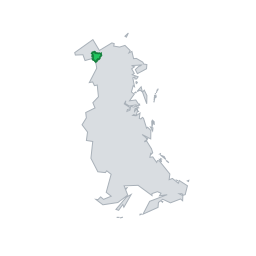 location of Volgograd within Russia, rotated 117°
{"feature_id": "RUS-2369", "entity_name": "Volgograd", "entity_type": "Region", "adm_level": 1, "iso_a3": "RUS", "parent_name": "Russia", "parent_adm1": "", "projection": "albers", "projection_center": [44.238, 49.343], "detail": "fine", "context": "in_parent", "style": "filled", "palette": "green", "viewbox_px": 256, "rotation_deg": 117, "n_neighbors": 0, "source": "natural_earth", "source_scale": "10m", "svg_char_len": 5623}
<svg xmlns="http://www.w3.org/2000/svg" viewBox="0 0 256 256"><g transform="rotate(117 128 128)"><path d="M207.8,115.5L206.2,124.3L205.4,122.2L201.8,121.1L202.7,117.4L196.4,112.0L195.2,118.2L176.9,122.0L175.8,127.5L178.0,127.9L180.7,135.0L171.8,147.3L156.0,153.3L158.0,159.4L150.0,162.2L146.0,170.4L137.9,169.7L133.4,172.7L125.1,166.5L121.4,170.8L113.6,168.5L103.7,174.9L105.5,177.1L103.0,180.4L105.1,183.1L88.9,183.0L83.8,186.8L82.7,191.8L87.4,196.9L83.2,201.4L86.9,208.0L85.0,209.7L65.2,199.4L71.9,188.7L59.5,181.0L59.1,178.6L61.5,177.9L59.7,172.2L55.8,168.2L58.0,161.2L60.7,161.3L58.0,159.3L63.7,154.5L62.2,152.2L62.6,144.7L63.9,143.1L62.9,140.0L66.8,138.4L75.3,144.3L72.6,148.0L68.2,146.4L66.8,145.0L65.7,144.6L70.8,153.2L70.5,150.0L73.6,151.6L76.5,147.2L78.6,148.4L77.8,142.2L80.4,142.6L81.2,144.1L79.4,145.1L81.1,146.5L88.3,140.9L87.9,142.6L94.4,141.3L94.9,137.8L103.1,139.0L99.5,133.8L102.4,128.6L103.7,128.6L103.8,131.4L107.8,136.9L107.4,141.6L104.7,142.3L108.2,142.3L108.9,135.5L110.0,134.7L111.8,136.9L113.7,136.5L111.2,134.4L107.4,135.4L106.7,132.3L104.9,131.0L105.2,127.7L107.3,130.4L109.8,130.0L110.4,129.7L107.0,129.0L108.6,127.2L113.0,126.5L113.4,129.0L114.7,129.6L113.4,126.3L109.2,124.1L114.3,122.3L114.1,120.6L112.0,120.0L112.3,118.6L119.7,111.4L118.4,110.9L119.8,106.5L127.4,102.8L127.4,112.5L128.5,107.4L130.1,105.7L131.9,107.0L132.3,107.1L132.6,106.9L131.2,105.4L135.9,97.6L138.9,94.7L140.9,95.4L139.7,96.4L144.2,95.2L142.5,92.8L145.7,86.8L143.7,87.0L143.1,85.2L150.0,69.8L155.4,67.9L152.8,65.5L154.4,58.1L151.5,58.5L152.5,48.8L161.4,46.8L162.8,48.2L162.0,50.2L163.4,52.6L163.4,48.4L168.0,46.3L167.4,49.0L175.4,56.2L175.7,64.7L180.5,67.1L185.1,65.2L197.9,75.5L183.5,75.4L169.6,62.8L174.2,69.2L171.1,69.0L171.4,72.9L175.6,76.9L177.3,75.9L174.5,93.0L181.3,105.2L187.9,97.8L199.0,103.2L207.8,115.5ZM97.9,122.3L89.5,131.3L86.9,130.7L90.5,125.9L97.9,122.3ZM185.8,95.0L200.5,95.7L198.5,97.9L205.6,99.0L206.0,101.8L190.5,98.1L185.8,95.0ZM85.3,135.0L89.4,131.5L88.8,134.3L91.4,136.5L85.3,135.0ZM137.4,86.8L137.0,82.8L138.9,80.0L137.4,86.8ZM112.3,108.0L116.2,107.1L111.8,109.6L112.3,108.0ZM110.5,107.6L113.3,106.0L110.1,109.2L110.5,107.6ZM116.6,105.8L119.5,104.7L116.9,108.5L116.6,105.8ZM139.7,79.5L139.7,77.6L140.5,75.8L139.7,79.5ZM43.2,170.8L47.8,170.7L47.6,172.4L43.2,170.8ZM82.1,119.0L83.9,118.6L80.4,119.4L82.1,119.0ZM141.2,84.4L143.0,82.7L141.7,85.8L141.2,84.4ZM84.7,140.8L83.4,141.9L82.7,141.3L83.4,140.2L84.7,140.8ZM85.6,118.2L87.2,117.7L88.1,117.9L85.6,118.2ZM91.1,117.2L90.5,117.9L89.2,118.0L89.5,117.6L91.1,117.2ZM92.8,116.9L91.4,117.1L93.3,116.5L92.8,116.9ZM92.8,136.8L93.8,138.3L92.4,137.4L92.8,136.8ZM111.8,108.8L111.1,109.8L110.2,109.9L111.8,108.8ZM86.4,117.4L88.5,116.9L87.8,117.4L86.4,117.4ZM148.2,49.8L148.2,51.1L147.0,50.1L148.2,49.8ZM80.5,118.7L81.8,118.9L79.2,119.0L80.5,118.7ZM102.3,128.1L101.0,128.8L102.3,128.0L102.3,128.1ZM128.6,105.6L129.7,105.7L128.6,106.2L128.6,105.6ZM152.2,59.4L152.7,60.4L152.4,61.0L152.2,59.4ZM88.7,118.5L87.7,118.4L89.3,118.3L88.7,118.5ZM88.2,117.4L88.9,117.7L87.7,117.6L88.2,117.4ZM209.7,92.1L210.6,92.8L211.8,94.4L209.7,92.1ZM87.0,118.7L87.8,119.0L86.9,119.1L87.0,118.7ZM108.4,127.0L107.6,127.9L107.3,127.9L108.4,127.0ZM178.5,63.5L178.2,64.7L177.7,63.6L178.5,63.5ZM140.4,84.2L140.9,84.9L140.3,85.0L140.4,84.2ZM181.6,101.7L183.0,101.9L182.4,102.5L181.6,101.7ZM198.3,76.6L200.0,77.9L199.4,78.2L198.3,76.6ZM85.5,119.1L84.7,119.3L84.4,119.2L85.5,119.1ZM108.5,125.6L108.6,126.3L108.3,126.2L108.5,125.6ZM136.6,87.2L136.8,87.9L136.1,87.4L136.6,87.2ZM212.5,97.2L211.5,95.0L212.8,97.4L212.5,97.2Z" fill="#d9dde1" stroke="#a8b0b8" stroke-width="1"/><path d="M83.8,186.8L83.7,187.0L83.6,187.3L83.7,187.5L83.5,187.9L83.1,188.0L82.9,189.4L83.0,189.5L83.3,189.7L83.3,189.9L83.3,190.0L83.2,190.1L83.1,190.3L82.9,190.4L82.9,190.5L82.7,191.1L82.4,190.9L82.2,190.8L82.1,190.7L81.7,190.6L81.5,190.8L81.4,191.0L81.2,191.2L81.0,191.3L80.9,191.4L80.7,191.4L80.5,191.5L80.4,191.4L80.3,191.5L80.5,191.6L80.5,191.8L80.4,191.6L80.2,191.8L80.0,192.0L80.2,192.3L80.3,192.3L80.5,192.5L80.2,192.6L79.9,192.3L79.9,192.5L79.7,192.7L79.4,192.6L79.2,192.7L79.2,192.4L78.9,192.2L78.8,192.3L78.8,192.6L79.1,192.7L79.1,192.8L79.1,193.0L78.4,193.1L78.4,193.3L78.2,193.5L77.8,193.6L77.7,193.8L77.7,194.0L77.8,194.2L77.7,194.2L77.4,194.1L77.0,194.2L76.9,194.2L76.9,193.9L76.7,193.9L76.6,194.0L76.4,193.9L76.2,193.5L76.2,193.4L76.2,193.2L75.9,192.9L75.5,192.7L75.4,192.8L75.3,192.7L75.2,192.7L75.1,192.4L75.0,192.2L75.1,191.8L75.2,191.7L75.3,191.6L75.6,191.6L75.8,191.5L76.0,191.5L76.0,191.4L76.1,191.2L76.2,190.9L76.2,190.7L76.1,190.4L75.8,190.2L75.7,190.2L75.6,189.9L75.3,189.9L75.2,189.9L75.1,189.7L75.2,189.4L75.2,189.2L75.3,188.9L75.3,188.7L75.3,188.4L75.1,188.2L74.9,188.1L74.5,187.8L74.4,187.8L74.4,187.7L74.1,187.2L74.3,186.8L74.3,186.7L74.2,186.5L74.2,186.4L74.3,186.4L74.4,186.2L74.2,186.2L74.1,185.9L73.9,185.8L74.2,185.7L74.3,185.4L74.6,185.3L74.7,185.2L74.8,185.2L74.9,184.9L75.0,184.8L75.1,184.7L75.2,184.8L75.3,184.9L75.6,184.9L75.8,184.9L76.1,184.9L76.2,184.7L76.3,184.7L76.5,184.7L76.7,184.8L76.9,185.0L77.0,185.0L77.3,185.3L77.5,185.2L77.8,185.1L78.0,185.0L78.2,184.9L78.3,184.9L78.3,185.0L78.5,185.0L78.7,184.8L78.8,184.9L79.0,184.8L79.2,185.0L79.3,185.0L79.3,184.9L79.5,184.9L79.8,185.0L80.0,185.0L80.3,185.3L80.2,185.4L80.3,185.5L80.4,185.8L80.3,186.0L80.2,186.0L80.3,186.1L80.3,186.3L80.5,186.3L80.8,186.4L81.0,186.3L81.0,186.2L81.0,185.9L81.3,185.9L81.5,186.0L81.6,186.4L81.6,186.5L81.9,186.4L82.0,186.4L82.3,186.4L82.3,186.2L82.5,186.0L82.8,186.1L82.8,186.3L83.0,186.5L83.4,186.5L83.5,186.5L83.5,186.8L83.8,186.8Z" fill="#22c55e" stroke="#15803d" stroke-width="1.5"/></g></svg>